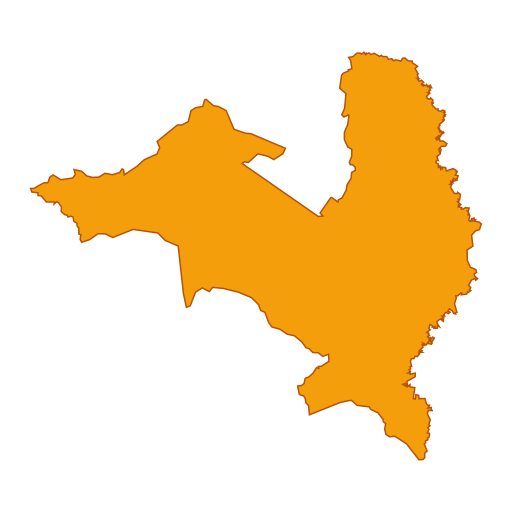 Asunafo South, Brong Ahafo, Ghana (orthographic projection)
{"feature_id": "2480657B2337940648547", "entity_name": "Asunafo South", "entity_type": "district", "adm_level": 2, "iso_a3": "GHA", "parent_name": "Ghana", "parent_adm1": "Brong Ahafo", "projection": "orthographic", "projection_center": [-2.473, 6.562], "detail": "fine", "context": "isolated", "style": "filled", "palette": "amber", "viewbox_px": 512, "rotation_deg": 0, "n_neighbors": 0, "source": "geoboundaries", "source_scale": "gbopen_adm2", "svg_char_len": 6012}
<svg xmlns="http://www.w3.org/2000/svg" viewBox="0 0 512 512"><path d="M30.7,188.4L31.8,192.0L38.0,192.8L38.0,195.5L41.3,195.9L46.4,202.0L54.2,202.0L54.1,204.1L56.5,201.7L58.4,202.6L61.5,207.1L61.2,211.5L64.9,214.8L66.9,215.0L68.1,217.1L70.9,216.1L73.0,217.0L73.9,221.4L76.9,223.2L77.2,226.4L78.8,228.0L78.9,234.0L80.9,234.7L80.1,239.3L81.7,242.3L89.6,239.6L98.1,233.7L105.4,233.9L112.7,237.5L133.1,229.4L157.9,233.0L165.1,240.4L178.2,246.0L183.4,293.3L186.4,307.3L190.3,305.7L195.5,292.2L202.3,287.9L209.2,291.6L212.6,287.4L223.1,288.4L238.3,292.1L251.5,297.6L258.6,304.7L260.7,310.5L264.9,312.3L268.7,322.6L271.9,327.0L279.9,329.2L287.2,334.2L294.5,335.8L302.0,342.1L306.0,347.7L309.2,348.8L312.8,352.5L318.1,352.8L323.0,356.4L328.5,354.2L329.0,361.3L321.4,366.2L318.2,366.5L318.7,368.3L316.5,367.7L313.1,373.1L308.9,376.9L305.2,378.3L304.0,383.6L301.5,385.5L297.6,386.1L299.4,394.5L303.5,395.9L305.1,398.0L305.8,402.6L308.6,405.7L309.4,414.8L340.4,402.4L348.9,400.6L351.5,400.4L357.2,405.4L369.1,406.8L370.7,409.4L377.8,412.7L383.1,419.4L383.3,421.8L385.7,423.6L384.6,429.0L386.0,434.5L389.6,436.8L395.0,436.3L406.5,443.8L419.0,459.8L423.2,459.4L424.7,457.7L424.8,453.0L427.1,451.1L424.3,443.9L425.7,442.8L425.5,440.9L427.9,439.8L427.5,437.9L428.8,437.7L429.6,434.9L429.4,433.3L427.4,433.0L429.0,429.3L427.9,427.4L430.0,425.8L428.8,424.5L430.3,419.8L427.3,413.8L428.4,410.4L432.8,410.7L431.1,409.9L431.3,407.5L427.8,408.0L429.5,405.7L429.7,404.7L428.9,405.7L426.5,404.1L424.9,398.5L419.1,398.7L418.6,395.3L415.9,394.7L415.3,399.1L413.3,398.6L414.8,387.6L409.9,386.9L410.0,384.6L407.1,386.9L402.8,384.3L405.4,383.4L405.9,384.9L407.5,385.2L406.8,381.4L415.2,376.7L415.3,373.1L410.2,374.3L410.2,373.0L407.9,372.9L410.4,371.4L409.1,369.6L410.6,368.9L410.1,366.7L411.6,366.3L410.4,361.4L411.4,358.7L413.8,358.7L415.1,356.3L417.2,356.6L419.5,354.0L418.7,353.6L419.1,351.0L420.0,351.1L419.2,352.4L422.3,352.3L421.2,351.6L422.0,350.7L419.9,350.1L423.0,347.1L422.2,345.0L424.4,345.4L422.9,343.2L426.3,344.8L428.6,341.6L428.4,343.6L431.4,344.2L432.1,343.3L430.1,340.8L432.3,341.5L434.3,338.1L432.8,337.1L430.3,339.9L430.5,336.8L429.6,338.7L427.6,336.8L430.0,335.1L428.4,335.6L428.8,333.1L426.7,332.6L430.2,329.8L428.9,328.7L429.9,324.4L432.2,325.6L432.2,327.2L435.1,326.5L434.1,328.3L437.3,328.2L437.7,325.9L439.3,326.7L436.8,323.0L437.4,321.0L440.4,319.0L443.2,321.3L443.5,319.6L441.6,318.7L443.8,317.8L442.0,316.0L444.7,316.0L443.8,314.7L445.8,312.3L448.4,313.6L450.1,312.2L447.9,311.2L449.3,308.9L452.3,310.8L453.7,313.5L455.7,314.0L455.4,312.8L456.9,312.4L454.5,303.7L456.3,298.0L455.7,295.9L457.8,295.8L460.7,293.0L461.9,293.1L461.3,294.8L466.6,294.1L467.7,291.8L468.3,292.4L470.8,290.6L469.4,289.9L470.7,287.4L468.6,285.2L471.5,280.1L475.0,278.4L475.7,280.2L477.6,278.7L474.5,275.9L474.3,273.7L476.6,272.4L475.9,269.6L470.4,267.3L467.3,260.4L467.1,250.0L472.9,246.1L471.6,235.2L475.4,231.0L479.5,229.6L481.3,223.9L479.3,222.1L474.3,221.1L475.4,219.8L474.0,219.9L474.1,218.1L471.8,218.7L472.4,221.6L471.2,219.8L470.1,221.4L468.7,220.4L469.8,215.7L469.2,214.3L467.6,215.4L468.8,213.1L467.4,211.0L468.3,211.2L469.1,208.0L465.3,207.7L462.8,209.3L461.2,208.8L461.7,207.7L458.2,206.7L458.5,204.8L459.6,205.6L460.9,204.6L457.5,201.7L458.9,201.3L458.3,199.3L459.6,199.7L460.5,194.5L457.7,192.4L457.7,193.5L454.2,193.3L450.5,187.1L452.0,184.2L450.1,184.2L451.3,183.4L450.7,181.5L452.8,182.5L452.1,180.8L453.2,179.2L453.2,181.3L456.8,180.2L455.0,178.9L457.3,178.7L458.1,175.7L455.3,175.1L457.6,171.1L456.4,172.0L456.2,170.4L453.0,168.6L446.4,171.0L445.5,167.5L442.5,167.2L442.0,168.9L441.0,166.9L440.5,168.6L440.1,167.1L438.6,167.3L439.4,166.1L437.7,166.0L438.8,165.5L438.2,164.0L435.8,162.5L436.5,160.4L438.3,160.6L436.8,156.7L440.1,154.0L440.8,150.6L439.4,151.7L438.7,149.1L440.6,149.0L439.8,147.9L441.6,146.3L445.6,146.1L446.9,143.7L442.8,140.9L440.1,141.2L439.5,138.6L437.0,140.1L435.7,138.3L437.2,137.1L437.0,138.1L439.1,137.8L439.0,135.6L440.5,136.5L441.2,134.5L443.9,132.8L443.0,131.6L441.4,132.7L441.3,131.3L439.8,131.8L440.3,130.2L438.8,129.9L439.5,128.3L438.1,127.9L439.9,125.5L439.3,124.5L443.9,120.6L442.8,119.9L444.1,119.4L443.3,117.2L445.0,116.2L444.0,115.4L445.3,114.7L444.2,114.1L444.9,112.6L443.6,112.4L444.9,111.1L442.6,110.1L440.5,111.3L438.0,110.6L438.0,108.8L436.3,109.3L432.3,105.2L431.8,102.8L433.9,103.5L432.3,102.1L433.0,100.2L430.7,98.0L429.9,99.3L427.3,98.4L426.6,96.2L429.3,93.7L427.9,92.8L429.6,92.7L428.9,91.0L431.0,89.9L429.9,90.1L429.9,87.9L431.6,87.8L430.2,85.1L428.9,86.7L427.0,85.0L427.2,86.2L426.1,85.2L423.4,85.8L423.7,84.6L422.0,85.2L421.6,84.0L423.6,82.3L421.5,80.2L419.0,81.3L417.9,79.5L419.1,78.8L417.3,78.1L418.2,77.9L417.3,74.5L418.2,73.9L415.1,68.5L417.5,66.3L412.3,62.7L412.2,61.1L408.2,60.9L404.9,58.0L402.7,58.2L400.9,61.1L396.1,59.8L393.4,60.7L391.9,58.7L388.5,59.4L386.7,56.6L382.8,56.6L381.3,55.3L379.6,56.4L374.2,53.3L370.9,54.5L369.0,52.9L365.7,54.5L365.9,53.3L364.9,53.8L363.9,52.2L361.5,54.3L360.4,53.2L356.9,53.1L353.1,56.6L348.6,57.4L350.6,60.4L351.9,68.8L348.4,69.7L348.7,70.9L343.1,73.3L341.6,75.3L339.7,88.2L346.0,93.6L344.6,108.4L341.8,114.8L343.9,117.0L348.5,114.9L348.9,116.0L347.7,124.6L344.4,132.3L344.4,139.7L347.8,147.0L351.8,149.3L351.7,156.2L349.3,162.5L350.3,164.7L352.5,164.7L355.2,167.2L355.3,170.4L351.6,172.5L351.1,178.3L347.1,184.7L346.1,190.4L342.0,197.9L338.4,199.8L337.9,202.0L331.7,197.5L330.6,197.9L320.1,213.0L322.9,216.0L318.3,216.5L242.1,163.5L244.6,161.7L248.2,162.6L257.9,153.8L267.9,156.3L273.8,159.6L282.9,153.7L285.4,148.3L250.9,133.7L245.4,133.2L234.0,129.3L226.1,110.5L218.4,106.5L213.4,105.7L206.1,99.3L204.6,100.0L202.7,106.5L195.7,107.7L191.0,110.6L188.3,121.6L181.9,124.9L177.4,125.0L157.1,141.5L159.7,147.6L157.0,154.0L144.3,159.7L136.9,166.4L124.2,174.8L123.6,169.8L122.1,168.9L119.7,172.5L112.4,174.7L104.9,173.3L98.9,177.1L92.4,177.4L86.7,175.9L81.8,171.3L74.0,169.5L75.4,174.6L72.5,178.0L60.8,179.7L53.1,174.9L49.8,177.2L47.9,182.7L43.6,182.9L33.9,188.4L30.7,188.4Z" fill="#f59e0b" stroke="#b45309" stroke-width="1.5"/></svg>